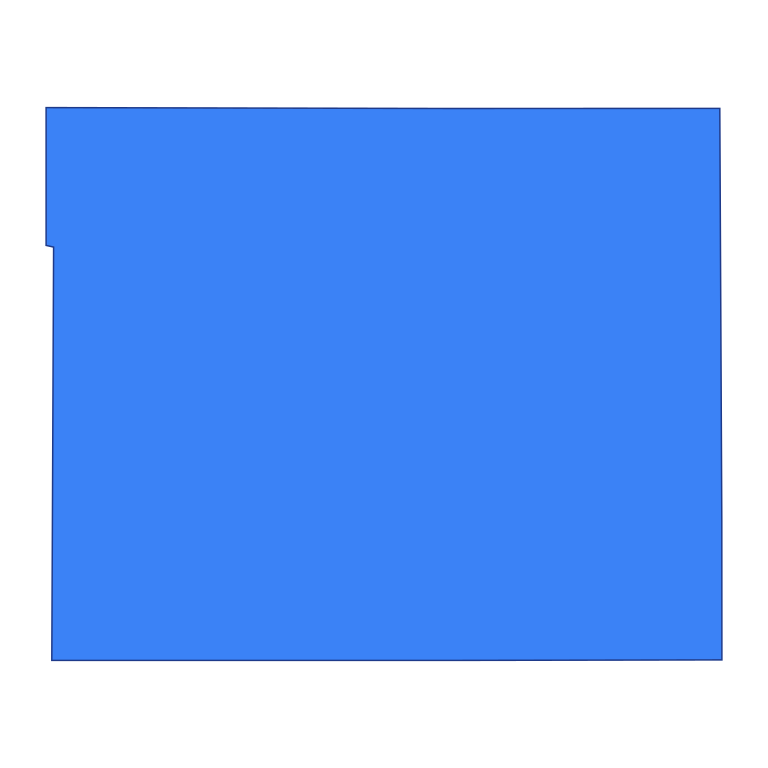 the district of Lincoln, Kansas, United States of America
{"feature_id": "52423323B2228267631345", "entity_name": "Lincoln", "entity_type": "district", "adm_level": 2, "iso_a3": "USA", "parent_name": "United States of America", "parent_adm1": "Kansas", "projection": "equal_earth", "projection_center": [-98.224, 39.045], "detail": "fine", "context": "isolated", "style": "filled", "palette": "blue", "viewbox_px": 768, "rotation_deg": 0, "n_neighbors": 0, "source": "geoboundaries", "source_scale": "gbopen_adm2", "svg_char_len": 247}
<svg xmlns="http://www.w3.org/2000/svg" viewBox="0 0 768 768"><path d="M46.1,107.6L46.1,245.4L53.6,247.1L51.8,660.4L454.3,660.4L721.9,659.9L721.8,521.5L719.8,108.4L450.2,108.5L46.1,107.6Z" fill="#3b82f6" stroke="#1e3a8a" stroke-width="1.5"/></svg>